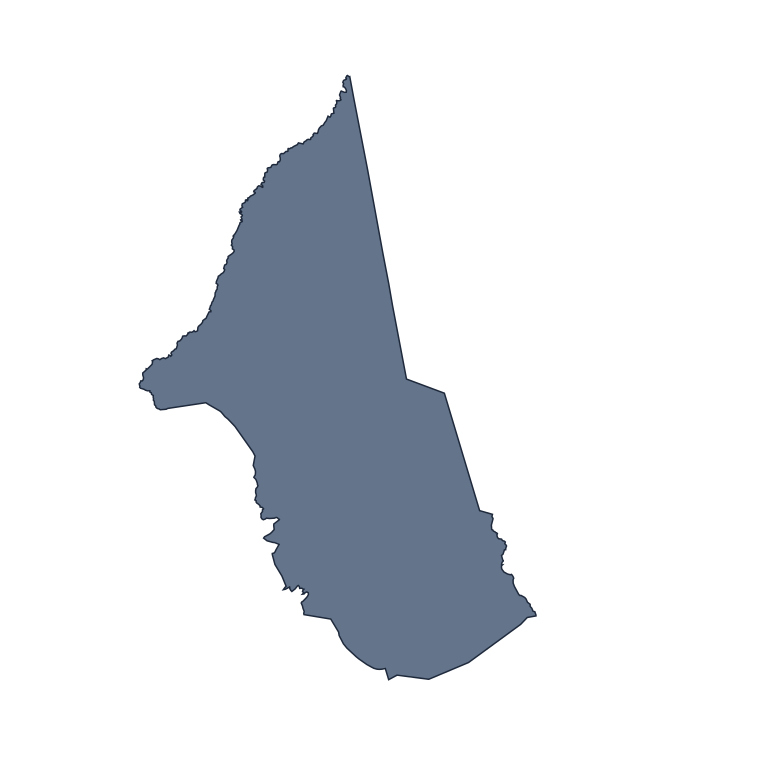 outline of Tiaty, Rift Valley, Kenya, rotated 22°
{"feature_id": "3690345B93323191576602", "entity_name": "Tiaty", "entity_type": "district", "adm_level": 2, "iso_a3": "KEN", "parent_name": "Kenya", "parent_adm1": "Rift Valley", "projection": "mercator", "projection_center": [35.941, 1.145], "detail": "fine", "context": "isolated", "style": "filled", "palette": "slate", "viewbox_px": 768, "rotation_deg": 22, "n_neighbors": 0, "source": "geoboundaries", "source_scale": "gbopen_adm2", "svg_char_len": 6170}
<svg xmlns="http://www.w3.org/2000/svg" viewBox="0 0 768 768"><g transform="rotate(22 384 384)"><path d="M367.7,612.4L369.5,611.2L372.5,607.6L373.4,609.1L374.9,610.3L376.3,610.9L378.4,607.2L379.4,603.7L380.0,602.9L381.3,603.5L382.4,605.1L384.3,604.1L385.6,604.5L386.6,604.3L386.1,605.8L386.2,607.0L387.8,607.6L387.1,609.4L388.5,608.6L389.1,607.0L390.3,605.7L392.0,605.9L392.8,607.7L392.6,609.5L392.1,611.2L390.3,615.7L389.4,616.9L389.3,618.1L391.5,620.3L392.8,622.2L395.2,624.8L395.5,626.7L396.2,627.8L422.7,621.9L434.8,631.0L436.7,634.1L443.7,640.1L448.6,642.8L460.4,647.3L464.0,648.4L473.1,650.5L478.0,651.1L481.1,651.4L484.0,651.1L486.4,650.4L488.9,649.2L491.8,647.3L499.1,656.4L505.1,649.1L536.1,641.0L566.7,610.6L600.8,555.6L604.3,546.8L611.8,542.1L611.4,541.2L609.1,538.6L607.4,538.9L605.0,536.5L602.9,535.5L602.0,533.5L598.8,532.6L596.2,530.1L594.4,529.2L590.3,528.7L589.0,529.2L587.6,528.5L580.8,522.9L578.4,520.3L577.0,517.1L577.1,515.7L576.4,514.7L574.6,513.3L573.4,512.8L572.6,513.5L569.7,513.9L565.7,513.4L562.7,511.6L561.6,510.0L561.1,508.5L561.6,507.3L560.9,507.7L560.5,507.1L560.3,504.9L560.9,503.5L560.7,503.0L560.1,502.8L557.2,499.0L558.1,497.2L557.8,492.6L558.9,492.1L558.4,490.5L558.3,488.3L557.9,487.8L555.8,486.8L555.7,485.1L555.1,484.8L554.4,484.6L553.0,484.8L552.0,484.5L551.1,483.8L548.3,484.5L546.8,483.8L546.0,482.9L545.1,481.3L545.3,480.4L545.0,480.1L544.0,479.8L543.5,480.0L542.7,479.6L540.3,479.3L539.6,478.6L538.4,478.6L536.4,474.6L535.6,468.2L535.3,467.6L534.8,467.5L533.7,466.3L533.4,464.2L520.1,465.6L443.4,369.9L403.0,371.0L362.6,308.2L351.0,289.5L334.3,263.7L288.8,191.9L249.2,130.8L237.1,111.8L236.8,112.1L236.2,112.1L234.6,111.6L234.1,112.2L233.9,114.5L234.9,115.0L234.9,115.5L232.8,117.7L232.8,119.7L234.1,120.7L234.2,122.4L234.8,123.7L235.8,123.5L236.6,123.8L238.2,124.9L239.3,126.2L239.7,127.6L238.1,128.4L234.6,128.4L234.4,128.8L234.5,132.7L236.3,134.5L236.5,135.8L237.6,136.5L237.6,137.0L236.3,138.2L235.1,138.7L233.9,138.8L233.7,139.2L234.6,140.2L234.9,141.1L235.1,142.1L234.5,143.6L235.3,144.9L235.4,145.4L235.0,146.1L233.9,146.9L233.8,147.3L236.1,151.7L234.1,153.2L234.0,153.7L234.3,155.2L234.1,156.7L233.7,156.9L231.8,156.6L231.8,161.6L231.1,163.9L230.7,166.8L229.2,168.2L228.2,170.9L228.0,172.7L228.4,174.9L228.4,176.6L225.3,177.5L224.8,179.4L225.3,179.9L225.2,181.2L224.0,183.1L224.3,184.7L224.0,185.0L222.2,185.5L221.2,186.2L220.5,187.9L219.3,189.3L219.1,191.7L214.3,192.5L214.0,194.5L211.0,197.9L210.2,199.5L209.3,199.9L208.3,201.3L207.0,201.5L206.9,201.9L207.7,204.1L207.5,204.5L206.0,205.1L204.6,208.0L202.5,208.8L201.8,209.9L201.9,211.7L203.0,213.1L203.8,214.8L204.0,215.9L203.6,217.3L202.7,217.4L202.5,217.9L202.7,220.1L202.0,221.0L199.4,221.9L198.5,222.6L198.1,223.1L197.9,225.6L195.5,227.0L195.0,227.8L195.2,228.4L195.9,229.0L196.3,231.2L194.7,232.7L194.6,233.4L195.9,236.8L195.2,237.2L195.0,238.1L195.6,240.0L197.3,240.6L197.4,241.9L195.5,242.9L195.2,244.9L195.6,245.3L196.2,245.2L197.1,245.5L197.9,246.8L197.6,247.2L195.4,246.9L194.2,247.0L193.6,247.2L193.3,247.7L192.8,248.7L192.9,250.4L191.1,253.3L191.2,254.6L192.4,254.6L192.9,254.8L193.1,255.3L191.6,257.9L189.8,259.8L189.2,261.5L188.0,262.7L188.8,264.0L188.8,265.1L188.3,265.4L187.8,264.6L187.0,265.0L186.7,265.4L187.2,267.4L187.0,267.9L185.1,270.0L185.4,271.7L185.7,272.3L186.7,273.0L185.0,275.9L185.1,276.3L185.7,277.3L186.7,277.1L187.4,277.5L187.5,278.1L187.2,278.5L185.6,278.9L186.7,279.9L188.4,280.1L189.4,280.5L189.6,281.1L188.9,282.7L190.5,284.2L190.6,284.8L189.6,285.5L190.0,285.9L191.1,285.7L191.6,286.0L191.6,286.6L190.2,288.1L190.1,288.7L190.4,290.0L190.2,291.4L190.2,296.7L189.6,300.5L188.7,303.3L189.3,303.4L189.6,305.3L189.0,307.4L189.3,308.7L189.8,309.8L190.6,310.8L190.4,312.5L192.1,313.3L192.8,315.5L194.6,315.8L195.4,317.1L195.0,318.7L194.1,320.5L191.7,324.1L192.3,325.8L191.9,327.4L192.0,328.9L192.9,329.9L192.9,332.2L191.7,333.4L192.1,337.0L193.4,337.6L193.6,339.4L193.1,341.2L191.8,343.0L191.1,344.6L190.0,346.2L190.3,347.8L190.2,351.8L190.7,353.6L192.2,353.8L193.0,354.6L192.9,356.1L193.8,358.7L193.3,360.1L193.5,361.4L193.3,362.7L194.4,365.9L194.2,369.5L194.4,371.0L193.9,372.4L194.2,375.8L193.8,376.5L194.1,378.5L194.0,380.1L196.0,380.8L196.4,381.8L194.8,382.7L194.4,387.9L194.5,389.4L192.3,393.0L192.6,394.8L192.0,396.9L190.4,400.0L190.3,401.3L191.2,404.5L190.3,405.6L189.3,406.3L187.9,405.7L187.2,407.2L186.3,408.1L184.6,408.5L183.9,409.3L183.9,410.1L183.2,410.1L183.3,411.7L182.5,413.6L180.6,414.3L179.4,415.1L179.6,416.5L179.4,418.4L178.4,420.7L177.0,421.6L176.8,423.7L177.9,425.3L178.2,429.1L177.0,430.2L176.5,431.9L175.0,434.1L175.0,435.3L176.4,436.6L175.9,438.2L174.6,437.7L173.6,437.8L173.9,439.8L171.8,442.4L169.9,442.3L168.2,443.7L167.1,445.4L165.4,445.2L163.8,445.4L161.3,447.9L160.3,449.4L161.0,449.7L161.6,452.6L159.0,458.8L157.8,458.9L158.2,460.2L156.2,464.2L156.9,465.9L158.7,468.2L159.1,470.0L158.8,471.6L157.3,472.3L157.5,473.9L157.0,475.4L157.6,476.5L158.5,477.4L158.7,478.6L159.8,479.1L163.5,478.8L165.2,479.1L167.3,478.9L169.4,478.0L170.0,479.2L171.5,479.3L172.4,480.7L174.4,481.1L174.9,482.7L175.8,483.9L176.2,485.4L177.5,486.1L179.0,489.2L180.5,489.8L181.2,490.9L182.2,491.4L183.4,491.6L184.7,491.4L186.2,491.7L191.5,489.0L192.6,487.7L194.1,486.8L225.8,468.1L229.4,468.8L241.8,470.5L243.5,471.0L248.7,473.8L252.3,474.9L261.6,479.1L287.8,496.0L291.4,499.1L293.3,508.6L296.2,511.3L297.6,513.2L298.4,515.4L298.7,517.0L298.3,518.2L298.3,519.3L300.8,520.4L301.8,521.3L303.7,523.4L304.2,524.5L305.2,525.5L305.2,527.1L304.5,528.9L304.9,530.9L305.7,532.9L306.7,534.0L307.6,535.6L307.4,537.5L307.7,538.8L307.7,539.9L309.2,540.1L309.6,541.3L310.5,542.0L312.8,542.5L314.6,543.3L315.2,544.5L317.4,544.0L319.1,544.9L318.4,546.2L319.1,547.6L318.4,550.5L319.4,552.1L319.8,553.6L321.1,554.7L322.9,555.1L324.4,553.8L325.3,552.4L328.0,551.7L332.7,549.4L334.0,548.1L335.3,548.0L336.4,548.5L337.7,548.7L337.7,549.2L334.3,555.0L334.8,556.6L336.7,560.1L335.4,563.6L334.4,565.6L330.5,570.3L330.1,572.0L334.3,573.2L340.4,572.5L342.0,572.0L346.8,572.0L345.9,578.8L345.9,580.3L345.3,582.0L343.9,583.0L344.4,584.1L350.5,592.2L361.3,600.3L369.0,608.2L368.3,609.9L367.7,612.4Z" fill="#64748b" stroke="#1e293b" stroke-width="1.5"/></g></svg>